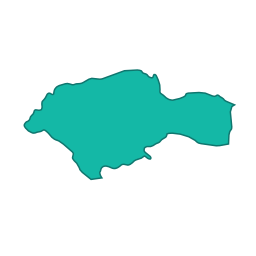 Westmeath, Equal Earth projection, rotated 194°
{"feature_id": "IRL-717", "entity_name": "Westmeath", "entity_type": "County", "adm_level": 1, "iso_a3": "IRL", "parent_name": "Ireland", "parent_adm1": "", "projection": "equal_earth", "projection_center": [-7.391, 53.56], "detail": "fine", "context": "isolated", "style": "filled", "palette": "teal", "viewbox_px": 256, "rotation_deg": 194, "n_neighbors": 0, "source": "natural_earth", "source_scale": "10m", "svg_char_len": 2898}
<svg xmlns="http://www.w3.org/2000/svg" viewBox="0 0 256 256"><g transform="rotate(194 128 128)"><path d="M151.4,69.2L161.6,73.9L164.5,75.9L165.7,77.7L169.2,81.4L172.2,83.2L173.8,84.5L174.6,85.5L174.7,86.4L174.7,87.5L174.7,88.7L174.8,89.9L175.5,90.8L176.3,91.4L186.7,96.7L191.6,98.6L193.3,98.9L194.8,99.0L196.8,99.4L199.6,100.6L204.1,103.8L206.5,105.1L208.3,105.8L209.4,105.7L211.5,103.8L212.3,103.3L215.1,102.0L216.7,100.9L217.6,100.5L218.5,100.2L219.4,100.1L221.1,100.4L223.9,101.1L227.4,103.2L228.8,104.5L229.4,105.7L229.3,106.7L229.0,107.6L228.6,108.5L228.1,109.3L226.6,110.5L226.1,111.2L225.6,112.1L225.4,113.1L225.3,115.1L224.5,116.9L223.5,118.5L223.3,119.4L223.1,120.5L223.1,121.9L222.7,122.8L221.9,123.3L218.9,123.6L218.0,123.9L217.3,124.3L216.5,124.9L216.3,126.1L216.4,127.6L217.3,130.2L217.6,131.8L217.6,133.0L216.2,135.6L215.5,137.3L215.0,139.3L214.8,140.3L214.5,141.3L214.0,142.0L213.3,142.6L212.5,142.8L212.1,142.8L209.9,142.2L209.0,142.3L208.4,143.0L208.6,146.1L208.5,147.4L208.3,148.2L208.0,148.9L207.4,150.1L206.9,150.8L205.5,152.1L204.7,152.7L199.6,155.7L197.6,156.5L195.1,156.6L192.5,156.5L191.4,156.8L190.5,157.3L189.8,157.8L188.9,158.3L185.8,159.3L184.0,160.1L182.8,161.0L177.7,165.9L175.1,167.4L167.3,168.5L165.8,169.0L164.5,169.7L145.3,182.7L133.0,186.5L130.5,186.8L128.8,186.6L127.3,185.3L126.4,184.9L123.5,184.7L122.4,184.3L120.7,183.0L119.5,182.5L117.2,182.4L116.3,182.9L116.0,183.8L116.0,184.9L115.7,186.1L114.8,186.4L113.9,186.1L113.2,185.5L112.6,184.8L110.4,182.0L108.0,178.1L107.6,177.3L106.2,172.8L105.9,171.2L105.7,170.7L105.3,170.0L104.7,169.5L101.6,168.3L98.1,166.4L95.2,165.6L93.0,165.6L91.4,165.8L85.0,169.1L81.8,171.4L80.6,172.6L80.1,173.4L80.0,174.4L79.7,175.4L78.0,176.4L67.7,179.6L61.5,180.5L53.7,179.5L51.8,179.6L50.7,180.2L49.4,181.5L48.4,181.6L47.3,181.2L46.5,180.7L44.3,180.1L42.4,179.3L41.7,178.7L40.9,178.2L39.4,177.7L30.2,176.2L30.3,176.1L32.4,174.0L32.6,168.4L27.6,154.2L27.3,152.2L28.4,149.1L28.4,145.7L26.6,136.8L34.8,133.1L38.1,132.1L53.3,130.5L55.8,130.5L57.0,130.8L58.0,131.2L58.9,131.7L59.7,132.2L66.9,134.2L75.8,134.7L83.8,133.7L87.1,132.7L88.7,131.7L88.7,129.9L88.9,128.9L89.3,128.1L91.9,125.5L92.6,124.7L94.0,122.0L94.9,121.1L96.6,119.9L97.6,119.0L98.5,118.0L99.6,116.9L101.6,115.5L105.1,114.6L106.5,113.6L107.2,112.6L107.1,110.6L106.8,109.7L106.2,109.1L105.4,108.5L99.6,105.8L98.9,105.1L98.5,104.4L98.7,103.4L99.7,103.1L100.8,103.2L101.9,103.5L103.9,104.4L105.1,104.8L105.8,104.3L107.8,102.0L112.8,98.8L113.3,98.3L113.9,97.7L115.4,95.3L117.1,93.3L118.3,92.4L119.2,92.0L123.3,91.8L124.4,91.4L125.3,90.9L126.9,88.7L128.5,87.0L129.6,86.2L130.7,85.6L131.7,85.3L132.9,85.2L134.2,85.3L137.2,85.8L139.9,85.8L141.4,85.4L142.5,84.8L143.2,84.1L143.7,83.4L144.1,82.6L144.3,81.6L144.3,79.6L144.4,79.0L144.6,78.5L144.6,78.2L144.6,77.8L144.4,77.3L143.6,75.8L142.6,74.5L141.3,73.3L151.4,69.2Z" fill="#14b8a6" stroke="#0f766e" stroke-width="1.5"/></g></svg>